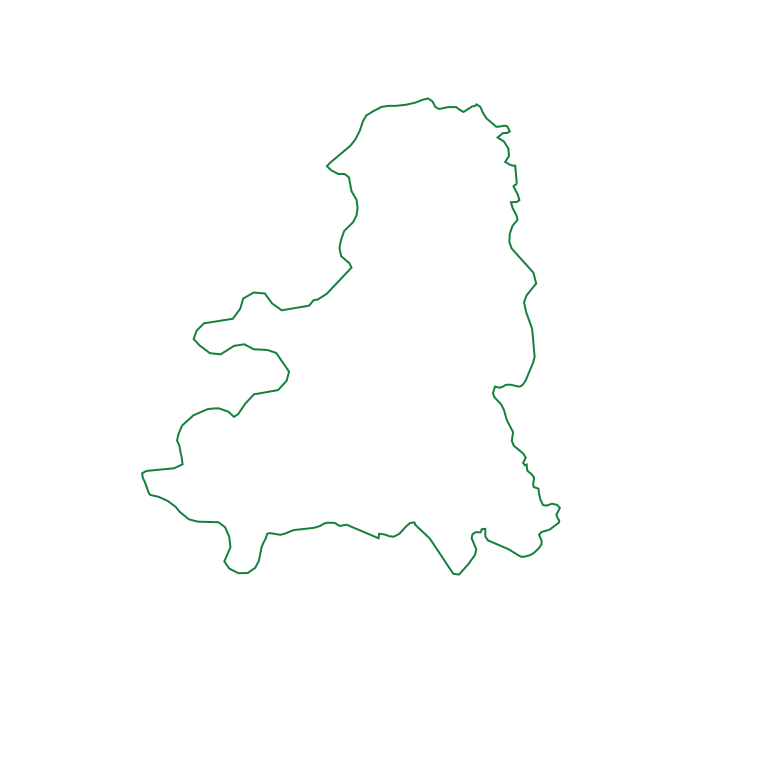 map outline of Mou Houn (Mercator projection), rotated 143°
{"feature_id": "BFA-2804", "entity_name": "Mou Houn", "entity_type": "Province", "adm_level": 1, "iso_a3": "BFA", "parent_name": "Burkina Faso", "parent_adm1": "", "projection": "mercator", "projection_center": [-3.423, 12.234], "detail": "fine", "context": "isolated", "style": "outline", "palette": "green", "viewbox_px": 768, "rotation_deg": 143, "n_neighbors": 0, "source": "natural_earth", "source_scale": "10m", "svg_char_len": 3082}
<svg xmlns="http://www.w3.org/2000/svg" viewBox="0 0 768 768"><g transform="rotate(143 384 384)"><path d="M617.0,326.3L618.7,329.8L618.3,338.4L604.9,346.0L599.6,355.0L597.1,365.3L599.4,373.2L615.5,386.1L621.2,393.2L624.1,404.8L624.3,411.4L627.2,420.9L631.9,429.5L637.5,436.2L637.4,438.8L634.0,449.5L633.2,454.1L630.9,458.3L626.0,457.5L602.3,443.0L593.2,441.1L589.2,448.1L588.3,450.5L584.3,458.4L583.4,463.3L578.5,467.6L570.3,472.3L555.0,473.7L540.1,470.1L535.1,467.2L530.6,464.0L524.9,455.5L523.6,448.1L518.6,447.7L506.7,451.8L494.1,454.0L472.2,442.9L459.8,445.2L452.4,451.0L451.4,473.6L456.7,481.4L467.2,490.2L471.7,499.8L480.8,504.7L496.6,506.0L504.5,513.4L508.1,526.0L509.0,534.4L501.5,539.4L491.2,540.8L465.5,527.1L453.6,530.6L444.9,537.0L432.9,535.4L424.7,528.0L424.9,515.6L421.3,504.4L396.6,491.6L389.8,493.3L385.9,491.3L375.5,490.5L339.9,496.5L339.0,501.5L341.3,511.9L337.7,519.4L331.9,524.7L323.7,530.2L311.4,531.8L304.4,535.2L299.1,540.6L295.1,547.6L293.9,557.5L287.6,570.2L289.1,575.4L294.0,579.1L297.6,586.6L298.5,592.3L294.3,593.1L267.6,594.5L259.7,596.5L250.8,600.9L242.7,606.5L236.6,609.1L228.6,608.4L219.2,606.8L212.9,603.3L206.8,598.8L198.8,594.0L189.5,589.8L182.2,587.8L176.9,585.5L175.2,580.3L176.3,574.3L174.4,570.4L166.6,566.8L159.8,561.8L158.5,557.4L156.8,553.4L146.5,552.6L144.1,551.3L141.9,551.7L140.3,547.7L141.9,540.1L142.3,534.5L139.5,521.8L136.3,519.8L132.4,517.9L130.5,515.7L131.5,510.0L134.4,510.3L138.1,512.8L144.9,512.5L142.3,505.4L142.9,497.5L146.8,491.0L153.6,488.4L151.3,483.1L150.1,481.2L147.8,479.5L156.8,464.9L158.4,463.8L160.3,464.2L161.7,463.8L163.2,454.5L165.2,449.4L168.4,449.4L173.2,452.8L175.4,447.2L176.7,439.0L178.5,434.8L186.3,432.9L193.3,428.1L198.5,421.8L200.5,415.3L197.7,382.9L202.0,372.7L216.7,369.0L222.9,365.1L227.1,356.2L232.5,338.9L247.3,315.1L252.1,311.3L268.4,301.7L273.6,299.9L276.2,300.0L277.9,300.8L283.6,307.5L287.0,309.9L290.3,310.3L293.6,311.2L296.9,315.1L302.5,311.1L303.8,307.1L302.7,297.2L303.8,291.2L307.7,280.9L308.5,276.1L309.9,267.9L316.1,261.7L317.5,256.6L314.7,244.7L315.1,239.9L320.4,237.2L320.4,234.2L318.5,233.8L320.6,230.6L321.7,228.0L320.6,224.1L320.4,219.3L322.4,216.8L325.1,214.5L326.4,211.6L323.6,207.4L325.8,203.8L328.6,197.7L329.9,191.8L327.7,189.2L321.9,187.3L318.4,183.2L318.2,179.1L325.1,175.8L326.0,172.6L326.3,169.4L327.7,168.0L339.5,168.0L347.2,171.0L350.9,170.3L352.5,163.8L354.7,161.1L360.0,159.5L365.9,158.9L369.9,159.3L375.4,161.4L378.2,163.2L379.7,166.1L383.9,177.0L395.1,196.5L394.9,201.0L390.3,207.4L393.4,209.2L394.0,208.7L396.2,207.4L399.8,210.4L403.7,210.8L406.8,208.2L409.8,196.4L414.0,192.8L425.6,189.2L438.8,186.7L442.9,190.8L440.4,232.9L443.8,253.0L443.0,255.1L446.8,257.3L451.8,257.0L462.0,255.1L468.3,256.3L471.4,259.3L473.9,263.3L478.0,267.3L481.2,264.1L498.6,294.2L504.7,297.2L505.4,298.4L506.6,302.0L507.4,303.1L512.7,307.3L515.9,308.6L520.6,309.1L526.7,311.4L544.1,321.7L552.8,324.0L557.5,325.9L565.1,333.8L567.5,334.6L571.0,332.1L577.1,329.1L580.4,327.0L590.3,318.1L597.5,314.7L606.7,315.1L614.2,320.6L617.0,326.3Z" fill="none" stroke="#15803d" stroke-width="2"/></g></svg>